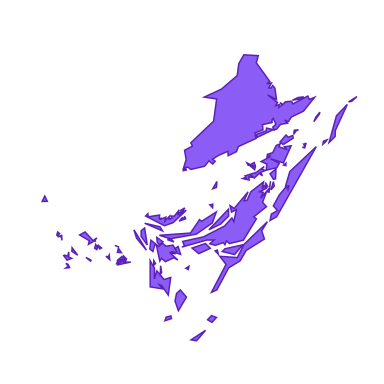 outline of Van Don, Quảng Ninh, Vietnam, rotated 10°
{"feature_id": "81297802B23156291808671", "entity_name": "Van Don", "entity_type": "district", "adm_level": 2, "iso_a3": "VNM", "parent_name": "Vietnam", "parent_adm1": "Quảng Ninh", "projection": "albers", "projection_center": [107.384, 20.984], "detail": "fine", "context": "isolated", "style": "filled", "palette": "violet", "viewbox_px": 384, "rotation_deg": 10, "n_neighbors": 0, "source": "geoboundaries", "source_scale": "gbopen_adm2", "svg_char_len": 6137}
<svg xmlns="http://www.w3.org/2000/svg" viewBox="0 0 384 384"><g transform="rotate(10 192 192)"><path d="M179.2,172.2L181.0,169.4L183.7,168.2L186.8,170.0L199.9,164.5L203.3,158.4L207.6,160.9L209.5,157.7L206.5,156.2L211.7,151.4L220.3,145.7L221.3,150.0L228.8,144.5L229.8,139.2L245.8,128.1L243.6,122.9L251.1,118.5L249.7,113.4L258.8,109.7L258.3,106.7L259.2,105.4L262.9,110.7L260.3,114.0L262.1,116.8L264.6,115.2L267.5,110.0L274.0,107.7L270.9,105.1L274.7,106.0L276.8,100.9L287.7,93.1L296.3,77.5L291.5,80.5L289.4,77.4L275.9,87.8L274.4,85.3L268.4,86.9L266.2,90.1L263.3,88.6L265.3,91.1L262.8,93.7L262.7,90.8L259.4,92.4L260.7,89.0L249.6,83.3L259.2,86.2L255.6,75.3L253.0,73.1L251.8,75.9L249.6,76.1L251.3,70.8L246.9,72.4L249.4,69.6L232.9,53.6L233.6,46.2L219.2,47.9L215.8,57.5L216.3,69.5L203.2,85.5L187.6,96.4L200.1,96.1L201.0,118.5L182.3,143.7L184.4,146.8L177.4,152.2L180.6,161.0L179.2,172.2ZM267.9,178.8L267.5,167.7L267.6,174.6L260.7,186.3L262.2,180.0L258.7,180.0L264.4,175.6L262.1,173.2L260.6,176.7L260.6,169.7L249.9,181.6L247.6,190.6L244.8,191.7L247.2,182.1L236.4,200.9L231.9,198.8L234.4,204.9L238.8,201.7L238.3,213.9L235.8,210.6L230.0,219.8L211.1,234.2L191.4,242.3L193.9,246.4L191.6,248.0L214.8,236.8L222.2,235.4L218.5,239.9L224.2,240.5L231.6,236.4L233.6,238.2L234.4,234.2L237.8,236.3L251.0,230.5L260.1,207.2L257.1,205.8L267.9,193.5L263.3,189.9L265.4,178.6L267.9,178.8ZM279.7,201.6L306.5,125.8L284.8,154.9L283.1,169.8L286.3,169.1L286.1,172.9L285.2,171.1L283.6,170.9L278.5,179.7L274.5,191.6L279.4,195.4L274.0,200.0L273.8,206.5L279.7,201.6ZM271.4,208.2L252.3,234.6L248.0,248.7L230.5,250.5L238.1,257.4L228.6,287.4L233.5,284.1L241.3,260.3L251.4,251.4L255.5,240.2L271.5,225.7L267.4,218.1L271.4,208.2ZM281.6,129.3L275.2,131.4L277.5,133.5L269.8,132.4L270.5,129.2L266.9,131.5L264.6,139.3L259.7,141.8L259.8,144.4L262.5,142.5L262.7,143.8L254.8,150.0L260.8,151.5L261.4,157.6L271.3,153.3L273.0,148.6L263.5,145.5L277.0,147.5L281.6,129.3ZM168.7,251.4L159.9,246.6L160.3,255.4L163.8,257.4L164.6,249.9L166.1,250.6L172.3,265.6L173.5,262.6L177.8,265.2L185.6,259.9L189.9,261.5L180.9,255.7L181.9,254.6L182.8,254.2L191.6,255.4L187.8,248.1L185.2,250.4L187.6,254.0L182.5,247.6L175.9,249.9L171.7,247.6L168.7,251.4ZM219.4,207.4L206.6,219.2L204.2,217.9L197.6,232.7L167.4,240.3L178.8,241.8L203.5,232.8L217.4,218.9L219.4,207.4ZM170.0,284.1L168.3,273.6L162.7,266.9L167.3,292.7L180.2,292.5L175.8,288.9L178.2,289.2L186.5,297.6L185.9,279.9L179.7,283.0L171.1,275.8L170.0,284.1ZM185.7,213.9L187.6,208.9L184.1,212.0L185.0,214.0L184.2,217.2L181.5,216.1L184.4,214.3L181.5,214.0L182.7,211.6L178.7,218.9L175.5,219.3L176.7,221.4L174.1,222.7L174.0,219.9L170.3,225.3L170.6,221.3L164.8,224.9L167.2,222.9L164.5,224.0L164.1,220.3L153.2,224.0L152.3,221.0L150.5,223.7L170.7,230.0L178.7,225.5L189.5,211.0L185.7,213.9ZM323.3,112.5L322.5,106.5L329.7,78.8L321.0,91.9L318.4,119.4L323.3,112.5ZM204.8,296.5L197.5,290.5L194.4,294.6L194.2,302.3L199.2,311.3L204.8,296.5ZM232.3,209.3L230.9,202.6L215.2,226.2L225.7,218.7L232.3,209.3ZM219.8,244.3L214.2,240.4L201.8,247.2L209.4,251.5L219.8,244.3ZM258.7,154.3L252.0,161.5L241.4,166.9L243.6,169.6L241.8,168.6L239.6,169.9L246.2,170.3L245.3,167.3L248.7,167.1L246.2,164.9L251.0,167.4L255.0,162.0L258.6,163.8L256.3,160.8L260.6,158.0L256.7,157.4L258.7,154.3ZM251.1,235.2L234.3,242.2L232.2,245.4L244.9,246.2L251.1,235.2ZM282.3,121.4L281.4,118.8L277.3,121.4L274.7,119.5L269.9,127.5L273.7,129.4L282.3,121.4ZM261.4,116.4L254.3,116.1L254.4,118.9L245.7,123.9L246.4,127.1L261.4,116.4ZM151.6,235.7L148.7,238.9L149.6,244.6L157.1,251.9L151.6,235.7ZM103.8,257.6L93.6,249.9L88.8,253.8L99.3,257.8L99.1,261.5L103.8,257.6ZM166.5,231.8L150.8,231.0L169.7,235.4L166.5,231.8ZM157.2,257.2L141.4,239.3L145.4,247.1L157.2,257.2ZM222.3,337.8L229.4,325.8L216.8,337.7L222.3,337.8ZM139.1,269.3L135.7,266.9L136.0,268.6L137.8,269.7L136.4,273.6L136.4,271.2L130.9,272.3L130.3,275.2L135.0,272.4L130.6,277.0L143.9,271.6L138.4,272.7L139.1,269.3ZM237.9,311.3L232.7,310.3L229.5,315.1L234.3,316.9L237.9,311.3ZM270.7,154.7L265.7,160.5L269.9,165.3L272.0,164.6L270.7,154.7ZM192.7,317.7L188.3,319.7L187.7,323.5L193.8,320.2L192.7,317.7ZM82.0,277.6L81.1,272.4L80.6,276.8L77.6,276.3L76.7,276.9L80.8,280.8L85.0,278.2L82.0,277.6ZM248.1,152.2L244.6,154.9L241.1,153.8L242.7,155.9L249.8,155.2L248.1,152.2ZM90.4,274.1L83.6,267.7L84.0,271.3L90.4,274.1ZM172.1,246.1L165.2,242.8L166.4,247.3L169.0,249.7L172.1,246.1ZM285.5,78.9L280.2,80.5L275.0,84.1L282.9,81.5L285.5,78.9ZM330.5,76.1L333.6,74.9L337.9,69.4L330.5,76.1ZM215.3,183.3L214.7,177.3L211.9,185.2L215.3,183.3ZM190.4,219.4L188.7,217.1L189.6,219.4L186.8,219.0L184.4,222.9L190.4,219.4ZM286.1,112.3L282.0,113.4L282.2,117.4L284.0,113.6L286.1,112.3ZM176.1,276.5L173.9,270.1L175.1,278.7L176.1,276.5ZM133.0,264.0L129.3,260.2L129.0,264.4L133.0,264.0ZM269.3,176.2L272.0,171.9L270.4,167.7L269.3,176.2ZM51.1,226.3L47.7,221.6L46.1,227.3L51.1,226.3ZM122.7,272.9L121.4,268.4L120.8,270.5L118.4,270.2L122.7,272.9ZM265.6,173.4L262.5,169.9L264.6,174.6L265.6,173.4ZM82.5,284.7L80.2,284.2L83.1,286.4L80.9,288.8L84.6,287.7L82.5,284.7ZM136.4,270.2L134.2,267.7L131.1,271.4L136.4,270.2ZM71.2,257.4L67.2,259.5L70.6,258.3L72.3,262.2L71.2,257.4ZM104.4,276.7L98.8,274.8L104.2,277.7L104.4,276.7ZM295.8,124.5L294.8,124.6L294.7,126.1L293.9,125.8L295.3,128.0L293.0,128.9L295.3,129.0L295.8,124.5ZM182.8,244.3L179.6,242.0L176.0,243.2L182.8,244.3ZM199.2,268.2L201.8,269.0L201.9,265.7L199.2,268.2ZM312.6,122.3L315.1,119.0L315.9,117.2L312.6,119.1L312.6,122.3ZM227.0,244.8L225.0,245.9L228.7,248.6L227.0,244.8ZM106.3,253.7L104.1,255.9L105.8,257.7L104.8,256.3L106.3,253.7ZM180.2,172.4L182.6,171.3L181.2,169.3L180.2,172.4ZM168.5,268.8L166.3,266.2L167.0,270.8L168.5,268.8ZM184.5,254.7L181.1,255.7L186.6,255.8L184.5,254.7ZM277.5,149.6L279.8,149.8L279.5,147.3L277.5,149.6ZM106.3,260.4L105.9,264.3L108.3,265.2L108.6,263.4L106.3,260.4ZM215.0,203.9L214.6,200.4L211.8,201.6L215.0,203.9ZM249.8,159.1L250.0,156.2L245.6,156.7L249.8,159.1ZM112.6,262.8L108.2,260.4L111.0,264.1L112.6,262.8ZM299.8,101.6L303.9,93.2L304.1,91.1L301.0,96.7L299.8,101.6ZM127.3,258.4L125.3,258.0L129.9,259.0L127.3,258.4ZM66.7,254.7L66.3,257.9L67.2,258.4L68.9,256.0L66.7,254.7Z" fill="#8b5cf6" stroke="#5b21b6" stroke-width="1.5"/></g></svg>